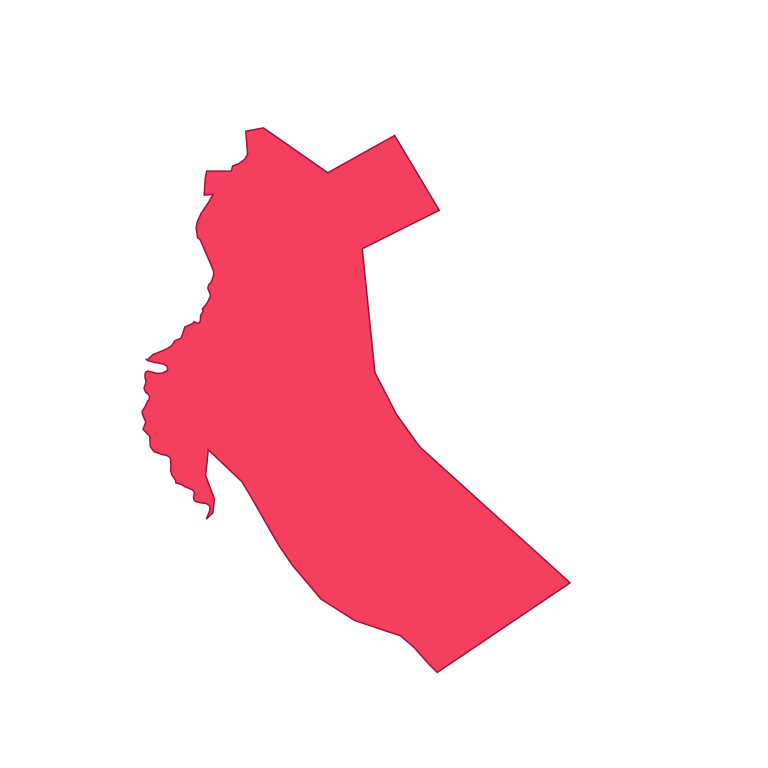 the district of Badr, Al Buhayrah, Egypt, rotated 212°
{"feature_id": "37247803B14038420995681", "entity_name": "Badr", "entity_type": "district", "adm_level": 2, "iso_a3": "EGY", "parent_name": "Egypt", "parent_adm1": "Al Buhayrah", "projection": "albers", "projection_center": [30.722, 30.547], "detail": "fine", "context": "isolated", "style": "filled", "palette": "rose", "viewbox_px": 768, "rotation_deg": 212, "n_neighbors": 0, "source": "geoboundaries", "source_scale": "gbopen_adm2", "svg_char_len": 3219}
<svg xmlns="http://www.w3.org/2000/svg" viewBox="0 0 768 768"><g transform="rotate(212 384 384)"><path d="M120.8,314.0L250.8,337.2L320.6,349.7L357.6,365.0L365.6,369.8L369.8,372.3L383.5,380.5L397.7,388.9L405.8,399.3L432.4,433.5L452.3,459.1L453.1,460.1L453.3,460.4L474.1,487.2L463.0,505.3L462.7,505.9L429.2,560.6L506.7,600.4L543.6,533.4L622.0,537.3L635.2,525.1L624.4,510.6L623.9,509.9L621.5,506.7L621.1,501.1L623.8,494.0L627.9,488.6L626.3,483.6L637.8,476.5L647.2,470.6L644.3,463.1L636.8,449.3L636.6,448.9L629.4,454.2L629.3,449.0L629.2,447.6L629.0,445.2L629.1,443.4L629.2,442.0L629.2,440.3L629.2,440.2L629.3,439.0L629.3,437.2L629.4,434.7L629.5,433.1L629.6,431.6L629.0,428.0L628.4,423.5L628.1,421.8L627.4,420.2L626.4,417.9L625.6,416.1L624.3,414.8L623.1,413.5L621.6,411.6L619.7,409.2L616.3,408.9L609.4,404.1L601.6,398.7L597.9,396.2L596.2,395.0L594.9,394.2L593.6,393.3L592.3,392.3L590.6,391.0L589.4,390.1L587.8,388.9L587.1,387.5L585.9,385.1L585.6,383.8L584.9,381.0L584.5,377.9L585.3,375.5L585.1,374.9L584.9,374.0L584.2,371.9L582.9,370.9L581.4,369.8L581.3,369.7L581.2,369.6L580.3,369.0L578.5,367.6L577.6,365.9L577.4,364.2L577.3,362.8L577.1,361.4L577.0,360.4L577.1,357.8L577.2,355.5L577.8,351.5L575.9,349.9L575.9,345.1L573.0,339.7L573.9,336.7L578.1,336.3L578.3,334.2L579.0,333.0L579.6,331.9L580.6,330.2L581.6,328.9L583.1,326.9L582.1,322.9L580.4,315.4L584.3,309.9L584.4,303.9L586.6,299.3L587.1,298.4L591.0,292.7L591.9,291.4L593.9,288.8L595.5,286.7L596.6,282.5L597.4,279.2L599.4,278.9L596.5,278.7L595.2,279.1L593.8,279.6L593.5,279.7L590.7,280.5L589.3,280.9L588.7,281.3L587.6,281.9L586.2,282.3L583.1,283.5L581.2,283.9L578.0,284.1L576.3,283.3L575.6,282.1L574.7,280.7L575.9,278.9L576.2,278.4L576.8,277.4L578.1,275.4L580.2,274.0L582.0,272.8L584.2,272.1L589.2,270.5L591.1,269.9L592.3,268.3L592.2,266.3L590.9,264.1L590.4,263.2L588.6,261.4L586.9,259.7L586.3,257.2L585.9,255.7L585.4,253.5L584.4,252.4L583.0,251.6L582.8,251.4L581.6,250.7L578.5,250.4L576.0,249.0L575.4,247.4L575.1,245.8L575.4,244.4L575.1,242.3L574.9,240.3L574.8,239.5L574.6,237.9L574.6,235.5L574.7,233.1L574.3,232.2L573.0,230.7L571.3,229.4L570.9,229.0L570.0,228.3L569.1,227.7L567.8,226.8L567.6,226.7L566.8,226.1L565.9,225.5L564.3,217.8L561.0,217.0L558.6,216.4L557.4,216.1L554.8,215.4L551.9,211.2L549.1,207.1L543.4,204.8L539.5,205.6L536.7,206.2L536.4,206.2L534.2,206.7L531.6,208.0L529.1,208.3L527.4,208.5L525.1,207.1L523.6,204.9L522.2,203.1L520.0,199.2L519.1,197.5L517.5,196.1L515.9,194.5L513.7,193.6L511.5,192.8L509.7,191.8L508.2,189.8L505.4,190.6L504.1,191.0L503.7,191.1L502.0,191.5L500.4,191.5L498.4,191.4L495.7,191.9L492.8,192.3L490.4,192.7L487.8,191.9L486.8,190.8L486.2,188.1L485.0,186.3L483.8,185.2L482.2,184.4L481.6,184.5L480.8,184.8L478.8,185.4L477.0,185.9L475.2,186.7L473.8,187.4L471.5,188.4L469.8,188.4L467.7,188.4L466.1,187.1L465.2,185.2L464.7,184.0L464.1,181.5L463.9,179.9L463.5,177.3L463.4,176.9L463.1,175.3L460.9,184.3L466.8,196.6L479.0,205.9L486.9,211.9L492.2,223.1L498.2,235.1L452.6,225.8L437.6,218.1L429.3,213.7L423.2,210.4L405.8,201.0L402.0,199.0L386.8,191.0L365.5,181.7L336.2,172.3L323.5,168.2L300.4,168.0L283.6,167.9L249.5,176.0L237.0,179.2L219.8,176.7L197.4,170.2L186.0,167.6L120.8,314.0Z" fill="#f43f5e" stroke="#9f1239" stroke-width="1.5"/></g></svg>